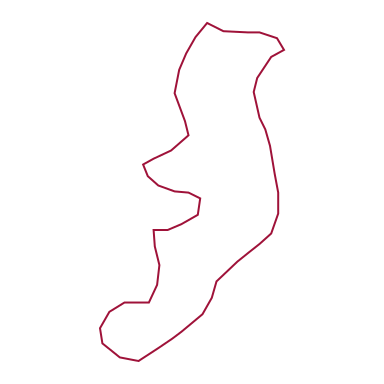 the district of Aloda, Cyprus
{"feature_id": "46923920B29030775604089", "entity_name": "Aloda", "entity_type": "district", "adm_level": 2, "iso_a3": "CYP", "parent_name": "Cyprus", "parent_adm1": "", "projection": "orthographic", "projection_center": [33.828, 35.211], "detail": "fine", "context": "isolated", "style": "outline", "palette": "rose", "viewbox_px": 384, "rotation_deg": 0, "n_neighbors": 0, "source": "geoboundaries", "source_scale": "gbopen_adm2", "svg_char_len": 761}
<svg xmlns="http://www.w3.org/2000/svg" viewBox="0 0 384 384"><path d="M284.0,49.9L277.0,38.2L259.5,32.4L247.9,32.4L223.4,31.2L207.1,23.0L195.5,37.1L186.2,53.4L179.2,69.8L174.6,93.2L185.0,121.2L188.5,135.3L171.1,150.5L153.6,158.7L143.1,164.5L147.8,176.2L158.3,185.5L174.6,191.4L188.5,192.6L200.2,198.4L197.8,214.8L181.5,224.1L167.6,230.0L153.6,230.0L154.8,246.4L159.4,265.1L157.1,284.9L148.9,302.5L124.5,302.5L109.4,311.8L100.0,328.2L102.4,343.4L119.8,357.4L138.5,361.0L158.3,348.1L172.2,338.7L181.5,331.7L202.5,314.2L211.8,297.8L216.5,281.4L237.4,261.6L249.1,252.2L259.5,244.0L271.2,233.5L278.2,213.6L278.2,192.6L274.7,173.9L270.0,145.8L265.3,129.4L259.5,117.7L253.7,92.0L257.2,78.0L271.2,56.9L284.0,49.9Z" fill="none" stroke="#9f1239" stroke-width="2"/></svg>